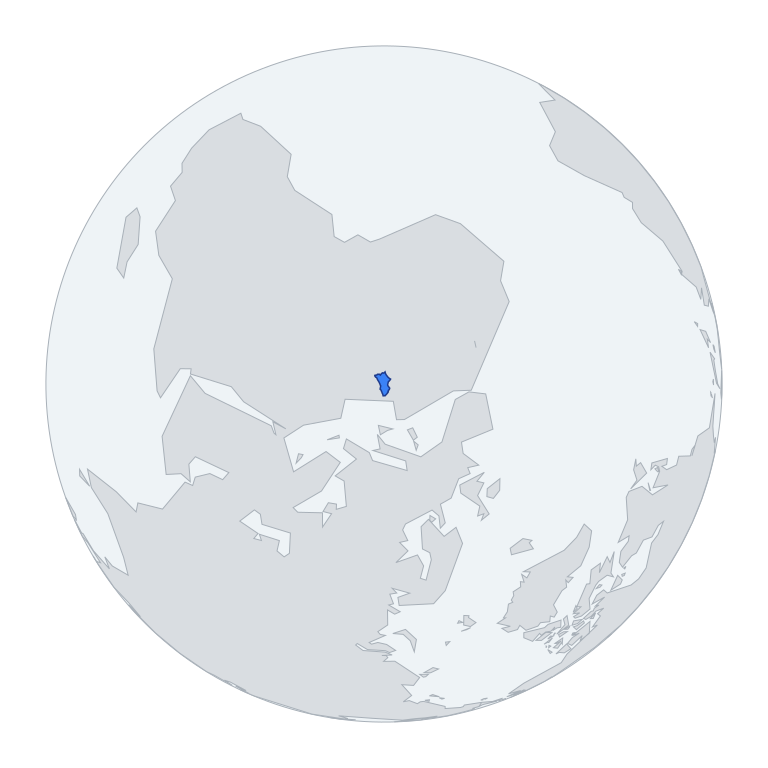 Ghadamis highlighted on a globe, orthographic projection, rotated 159°
{"feature_id": "LBY-2882", "entity_name": "Ghadamis", "entity_type": "Municipality", "adm_level": 1, "iso_a3": "LBY", "parent_name": "Libya", "parent_adm1": "", "projection": "orthographic", "projection_center": [10.859, 30.473], "detail": "fine", "context": "on_globe", "style": "filled", "palette": "blue", "viewbox_px": 768, "rotation_deg": 159, "n_neighbors": 0, "source": "natural_earth", "source_scale": "10m", "svg_char_len": 11171}
<svg xmlns="http://www.w3.org/2000/svg" viewBox="0 0 768 768"><g transform="rotate(159 384 384)"><circle cx="384" cy="384" r="338" fill="#eef3f6" stroke="#a8b0b8"/><path d="M249.1,74.2L281.5,62.6L322.3,52.3L332.1,50.1L332.4,50.5L340.5,48.9L363.3,46.7L364.5,46.7L373.0,46.3L374.6,46.6L362.3,47.8L363.1,48.3L373.4,47.5L381.5,48.0L366.2,48.9L378.8,50.1L360.5,54.6L318.4,60.3L309.9,66.3L271.2,82.5L276.4,82.5L265.1,89.9L267.0,93.0L259.2,96.0L267.4,96.0L274.1,92.8L280.0,91.9L281.7,93.7L272.1,97.5L269.9,97.2L268.0,99.3L262.5,100.6L266.2,101.0L254.4,106.0L268.5,104.0L261.1,110.5L252.7,113.1L250.5,108.9L225.3,107.8L216.1,110.8L205.2,118.3L191.2,139.6L182.2,145.2L172.3,155.6L178.6,153.7L188.6,145.2L197.8,145.3L209.0,135.8L214.4,134.9L227.0,127.5L228.3,133.1L222.8,142.9L212.3,149.6L209.6,154.4L222.1,152.2L205.2,169.9L198.5,191.3L193.8,195.9L179.8,196.0L173.1,184.3L155.0,188.0L170.0,190.7L157.9,203.7L157.3,208.3L159.8,211.0L165.6,208.3L162.2,214.3L146.1,212.9L149.0,207.5L154.1,207.6L150.8,202.7L139.9,203.5L134.7,210.9L123.8,207.1L119.9,212.6L115.3,215.5L122.3,206.6L109.6,223.0L95.9,226.5L78.3,256.6L92.1,226.8L94.9,217.9L96.7,210.8L93.6,215.4L100.1,201.9L99.0,202.4L113.3,181.8L129.0,162.3L146.1,144.0L164.5,127.1L184.1,111.5L204.8,97.5L226.5,85.0L249.1,74.2ZM72.3,253.6L74.5,248.7L72.7,255.1L63.9,275.7L72.3,253.6ZM63.5,276.8L58.9,295.0L53.5,314.2L50.7,329.4L50.8,334.1L50.2,347.1L53.3,340.4L56.7,342.8L53.1,360.0L57.9,349.4L57.8,362.6L66.9,379.8L65.3,382.3L72.4,417.5L86.0,442.4L89.1,458.7L86.9,464.5L92.9,472.2L93.1,477.4L122.3,506.7L141.6,530.0L144.0,547.2L133.6,558.1L137.7,591.1L122.6,587.8L127.9,599.5L132.0,609.0L128.0,604.6L112.7,585.4L98.8,565.2L86.4,544.1L75.6,522.1L66.4,499.4L58.9,476.0L53.0,452.2L49.0,428.0L46.7,403.6L46.1,379.1L47.1,370.5L49.7,344.7L50.2,337.5L48.9,342.2L52.2,319.8L63.5,276.8ZM73.3,265.6L68.2,296.9L66.3,289.0L67.5,288.2L69.8,278.0L72.4,264.6L72.1,259.2L73.3,265.6ZM81.9,257.2L82.4,253.2L82.6,255.9L81.9,257.2ZM266.5,67.2L263.7,68.2L261.0,69.2L266.5,67.2ZM373.9,46.3L375.2,46.2L379.1,46.1L373.9,46.3ZM225.5,125.1L226.2,126.3L223.5,127.0L225.5,125.1ZM230.3,121.0L226.6,121.0L228.3,119.1L230.5,119.1L230.3,121.0ZM385.0,46.7L390.7,47.1L382.8,46.8L385.0,46.7ZM234.4,121.6L231.8,115.7L234.9,112.5L246.1,110.2L234.4,121.6ZM392.7,47.5L406.7,49.3L410.9,48.9L406.9,51.8L396.3,48.7L385.8,48.2L392.3,48.0L392.7,47.5ZM275.5,91.0L268.5,94.5L272.7,90.1L275.5,91.0ZM276.8,88.5L281.7,77.7L293.0,74.1L289.1,78.1L302.4,72.7L305.6,76.1L298.9,79.8L291.0,81.4L298.2,81.6L276.8,88.5ZM402.4,53.5L403.9,54.5L399.9,53.7L402.4,53.5ZM282.6,91.3L282.6,89.1L292.4,85.7L294.2,89.4L290.5,89.2L282.6,91.3ZM304.4,69.9L312.0,68.4L316.6,70.6L320.2,70.4L306.6,75.9L304.4,69.9ZM289.1,91.0L294.9,91.4L291.9,94.9L283.3,93.2L289.1,91.0ZM294.2,83.4L298.9,82.1L296.9,83.9L294.2,83.4ZM284.3,108.3L284.1,105.2L289.2,103.1L284.3,108.3ZM297.3,91.4L298.3,90.3L300.3,89.2L303.4,90.3L297.3,91.4ZM310.8,77.3L311.1,78.8L316.6,75.1L320.3,77.1L310.5,80.6L316.3,80.0L317.4,80.6L308.2,82.8L310.8,77.3ZM312.4,88.5L301.3,94.5L300.7,100.3L296.1,102.2L298.0,92.6L312.4,88.5ZM310.8,84.9L310.8,87.5L305.1,88.3L301.6,87.1L310.8,84.9ZM326.3,77.4L323.2,73.4L325.4,72.9L326.3,77.4ZM313.4,90.0L316.0,88.6L314.0,90.3L313.4,90.0ZM323.6,80.9L322.2,79.5L324.8,78.8L323.6,80.9ZM322.5,87.2L318.9,89.0L316.4,88.0L322.5,87.2ZM323.9,84.2L327.8,83.7L317.7,86.6L322.8,83.6L323.9,84.2ZM326.2,80.6L327.3,79.7L326.5,81.3L326.2,80.6ZM334.0,90.2L321.9,94.1L316.4,91.8L328.9,88.2L334.0,90.2ZM495.5,65.0L490.1,63.4L453.2,54.8L468.9,58.0L467.6,58.3L474.7,60.4L485.6,63.1L485.4,62.7L514.5,76.0L545.3,90.5L537.6,84.7L541.3,85.6L569.5,101.6L616.1,138.6L619.0,141.2L627.7,150.0L626.9,149.1L627.2,149.7L621.2,143.8L630.8,155.1L622.6,147.2L634.2,160.7L639.1,164.7L633.6,157.0L647.1,173.2L652.3,178.6L653.3,179.9L671.2,206.0L686.6,233.6L693.9,250.2L696.4,256.0L695.1,255.0L700.8,271.5L708.8,290.7L715.3,317.6L717.2,327.7L716.0,321.4L712.7,318.7L717.4,342.1L720.1,349.7L720.7,355.1L721.5,368.1L721.5,368.4L719.7,353.5L718.5,352.0L715.0,332.4L706.6,309.8L706.6,322.7L702.9,311.5L691.4,297.2L689.2,315.5L688.3,362.0L694.3,392.1L691.3,410.8L672.6,379.4L661.3,353.4L656.4,361.2L635.6,346.6L604.9,363.7L599.0,357.8L593.6,364.7L578.7,362.8L568.9,352.5L560.6,356.9L586.2,383.7L594.9,379.1L599.9,362.1L605.6,373.0L619.8,377.6L609.9,414.7L561.8,461.1L554.4,439.4L504.2,385.4L504.3,377.6L503.9,376.8L503.1,375.4L501.3,388.5L491.7,377.3L521.4,417.7L527.5,436.2L561.1,462.7L558.6,467.3L568.7,471.3L597.6,451.2L598.3,458.9L586.3,499.3L543.9,558.1L548.1,584.8L542.5,608.5L513.0,630.0L512.4,645.2L496.6,653.9L493.5,662.4L479.1,673.1L456.2,684.0L420.6,688.1L420.9,681.5L406.8,668.8L388.4,631.7L400.0,612.2L397.9,596.7L371.9,560.9L377.7,539.5L370.1,530.4L354.9,532.6L345.8,521.4L336.3,520.9L275.2,523.6L255.2,506.3L228.1,455.6L238.2,438.6L237.6,416.1L304.8,346.9L321.7,352.7L377.7,343.5L385.1,346.2L381.5,364.5L425.8,383.7L436.6,367.5L473.9,374.4L496.8,369.5L499.9,334.4L462.3,341.7L452.9,326.5L480.7,306.5L513.1,301.2L510.5,295.2L487.6,285.8L492.6,272.5L479.4,281.7L486.6,286.8L478.5,293.1L471.4,288.9L473.5,284.1L463.0,283.2L456.0,307.7L462.5,315.7L436.6,323.8L445.0,338.2L438.8,346.2L422.3,325.2L422.1,316.6L393.4,294.9L391.3,304.4L418.2,325.9L410.9,324.8L408.3,339.3L404.5,327.4L375.7,302.8L350.7,309.1L323.0,344.0L307.5,346.2L292.6,338.3L298.5,302.8L332.5,302.0L335.0,290.8L324.6,274.3L335.8,275.9L335.7,269.5L348.2,268.8L362.2,253.4L374.4,251.6L376.6,232.4L383.1,229.2L380.0,241.2L384.3,249.1L414.1,245.6L418.9,241.1L417.9,229.3L426.2,230.5L421.4,219.6L436.9,213.0L414.0,212.4L412.2,200.0L419.7,189.6L415.0,185.8L402.8,203.0L401.7,210.1L407.2,216.2L400.5,237.5L391.0,241.7L382.5,220.2L368.1,224.4L367.8,207.0L400.9,169.1L416.4,161.1L449.2,171.8L447.5,179.8L434.9,179.5L449.6,190.4L447.0,184.3L453.9,185.7L453.9,175.4L458.8,176.0L450.5,165.6L456.5,165.3L461.7,171.8L466.9,157.7L478.5,155.0L477.3,151.6L472.8,148.8L490.5,148.0L488.9,145.6L482.4,144.9L474.9,139.9L468.6,131.1L475.1,131.3L478.2,134.5L494.6,142.0L502.0,151.3L504.0,150.5L499.1,142.7L479.1,133.3L473.5,128.1L483.3,131.3L479.3,129.7L478.5,127.2L483.8,125.2L473.2,121.3L455.9,97.2L464.4,92.0L475.1,96.9L469.8,83.3L479.9,80.4L473.9,79.4L467.4,73.6L464.1,74.3L460.8,73.5L442.5,61.1L443.2,59.1L428.6,54.6L425.5,54.4L424.1,55.5L406.9,51.8L410.9,48.9L417.7,49.4L415.7,48.1L431.4,49.9L443.5,51.5L461.9,55.7L469.8,57.4L468.0,56.8L472.7,57.9L495.5,65.0ZM285.0,385.0L284.0,391.8L285.0,385.0ZM550.1,312.9L567.8,307.7L555.2,289.6L560.9,286.4L554.5,281.8L554.2,288.4L537.8,275.3L543.7,266.5L539.2,258.4L533.0,259.8L524.8,278.4L548.2,296.7L546.1,306.7L550.1,312.9ZM67.3,380.1L68.0,385.6L66.2,382.8L67.3,380.1ZM63.5,294.4L63.6,298.4L62.8,302.9L62.3,301.0L63.5,294.4ZM70.6,325.4L72.0,331.0L69.5,328.0L70.6,325.4ZM68.0,301.5L69.4,321.5L64.8,317.9L64.3,305.6L66.1,310.0L68.0,301.5ZM76.7,264.9L76.2,268.3L74.7,270.6L76.7,264.9ZM82.0,259.4L81.8,258.7L83.1,255.2L82.0,259.4ZM158.9,203.7L160.0,204.0L161.5,207.7L158.5,208.0L158.9,203.7ZM181.7,214.4L175.7,223.9L177.9,216.9L172.6,218.6L170.7,206.7L191.3,197.7L182.3,203.6L181.7,214.4ZM174.0,189.5L172.8,197.3L173.3,189.2L174.0,189.5ZM322.9,238.0L328.3,242.0L325.1,249.3L309.7,254.1L314.1,243.3L322.9,238.0ZM336.6,246.3L332.4,225.0L341.9,221.9L337.3,227.1L343.9,227.2L338.3,235.7L351.4,254.6L349.5,262.5L322.0,265.6L332.1,259.9L326.2,255.9L336.6,246.3ZM305.3,183.7L303.6,176.6L326.2,178.9L325.1,185.4L309.7,189.9L301.9,185.0L305.3,183.7ZM254.7,119.5L252.6,118.2L255.2,116.9L259.2,117.0L254.7,119.5ZM283.8,107.0L266.6,124.6L263.4,123.8L257.2,136.2L246.2,139.1L250.5,130.7L237.5,142.8L237.0,136.4L229.1,145.1L239.9,126.2L238.9,121.7L244.2,125.5L254.3,122.8L258.4,120.3L269.4,110.2L272.3,100.1L282.8,96.6L289.5,96.9L290.4,98.8L283.3,100.2L289.6,101.7L280.0,105.4L283.8,107.0ZM361.5,113.6L352.9,112.5L364.0,120.0L354.4,122.1L356.3,122.9L350.5,127.1L346.7,133.9L342.0,134.1L342.6,136.7L338.7,139.9L337.9,143.7L329.1,145.6L327.5,150.6L324.2,148.8L323.7,157.0L320.1,151.8L314.8,156.1L321.1,158.8L275.4,164.2L259.1,171.8L247.3,181.5L242.8,172.5L250.9,158.2L265.4,143.8L281.9,138.3L276.8,135.7L283.2,132.5L284.5,135.9L286.3,128.9L291.9,127.3L304.9,117.1L304.0,109.0L308.7,105.4L311.9,107.8L314.4,102.7L323.5,105.1L327.1,102.8L339.7,103.2L343.7,110.0L347.4,106.9L357.1,107.7L361.5,113.6ZM337.5,90.5L344.4,97.0L342.6,101.7L321.4,99.0L316.9,100.8L303.3,100.2L306.2,93.6L309.9,94.3L314.1,93.5L311.5,95.9L316.7,93.4L321.9,94.5L327.3,93.0L328.1,95.4L337.5,90.5ZM391.9,338.9L397.4,339.4L405.6,337.9L404.1,347.4L391.9,338.9ZM372.0,322.4L376.7,321.0L378.6,332.8L372.9,332.8L372.0,322.4ZM377.7,310.6L376.8,320.0L373.9,314.9L377.7,310.6ZM384.1,239.6L389.0,237.8L390.1,240.4L388.2,244.8L384.1,239.6ZM392.4,139.3L387.7,137.2L388.8,135.7L383.6,128.3L390.2,126.6L396.0,130.4L392.4,139.3ZM494.4,341.6L488.8,349.5L484.9,347.1L487.6,344.8L494.4,341.6ZM445.0,349.7L457.1,352.3L444.4,352.3L445.0,349.7ZM398.8,136.2L395.9,133.2L401.0,134.3L398.8,136.2ZM394.8,125.0L400.6,125.5L390.4,125.5L394.8,125.0ZM591.9,587.9L565.1,632.1L551.6,637.0L551.8,627.5L563.5,602.4L580.1,590.1L589.0,576.2L591.9,587.9ZM721.8,391.9L718.8,372.7L719.9,367.4L721.7,372.3L721.8,391.9ZM695.4,394.0L701.0,407.2L698.8,413.4L695.4,394.0ZM699.8,264.0L701.5,269.5L699.9,265.6L696.6,256.3L699.8,264.0ZM451.7,123.1L451.5,134.9L455.8,143.4L465.2,147.9L451.9,147.2L445.3,133.9L451.7,123.1ZM454.7,100.1L446.5,97.1L449.9,95.8L452.3,96.2L454.7,100.1ZM449.8,100.2L439.9,101.7L435.2,98.4L444.0,97.7L449.8,100.2ZM419.6,117.6L419.1,121.0L414.9,119.9L419.6,117.6ZM554.2,92.1L536.8,83.5L530.8,80.7L542.8,85.7L545.8,87.3L546.9,88.0L549.6,89.4L554.2,92.1ZM407.0,54.2L404.2,54.4L404.9,53.6L407.0,54.2ZM459.2,74.1L454.7,72.9L455.7,71.6L459.2,74.1ZM442.9,69.1L444.9,71.3L440.1,68.8L442.9,69.1ZM449.8,76.6L444.4,72.2L453.4,76.6L449.8,76.6Z" fill="#d9dde1" stroke="#a8b0b8" stroke-width="1"/><path d="M383.1,375.3L383.2,375.2L383.4,375.1L383.6,375.0L383.7,374.8L383.9,374.3L384.1,374.2L385.6,373.4L386.9,372.8L387.3,372.6L387.7,372.8L387.9,373.1L388.2,373.2L389.0,373.2L389.0,373.9L388.9,374.5L388.8,375.2L388.9,375.8L389.0,376.3L388.9,376.9L388.9,377.6L389.0,378.1L388.9,378.9L389.0,379.4L389.2,379.9L389.5,380.4L389.1,381.3L388.4,382.3L388.0,383.0L387.8,383.3L387.7,383.6L387.9,384.3L387.8,385.4L387.9,386.6L388.0,387.9L388.3,389.3L388.5,390.5L388.5,392.2L388.9,392.9L389.4,393.5L389.5,394.0L389.7,395.0L389.4,395.4L388.8,395.3L388.5,395.0L388.0,395.1L387.8,395.1L387.3,395.0L387.1,395.1L386.7,395.4L386.4,395.4L385.7,395.1L385.5,394.9L384.8,394.8L384.5,394.4L384.4,393.9L384.3,393.6L384.0,393.7L383.6,394.0L383.2,394.3L382.7,394.5L382.3,394.7L381.8,394.9L381.5,395.0L380.8,394.5L380.3,394.3L380.0,394.4L379.6,394.6L379.2,394.7L378.9,394.8L378.7,394.9L378.8,393.9L378.8,392.8L378.7,391.9L378.3,390.5L377.9,389.1L377.3,387.9L376.7,386.9L376.4,386.6L376.1,386.2L377.2,385.4L378.3,384.8L378.5,384.8L378.8,384.8L379.0,384.7L379.6,383.9L380.2,383.0L380.6,382.5L380.9,381.8L381.0,381.6L381.0,381.4L380.9,381.0L380.9,380.8L380.9,380.5L380.9,380.4L380.7,380.1L380.6,379.5L380.2,378.5L380.2,378.4L380.3,378.0L380.3,377.8L380.7,377.5L381.0,376.9L381.3,376.7L381.8,376.7L382.1,376.6L382.3,376.4L382.4,376.1L382.6,375.9L382.7,375.7L382.7,375.3L382.8,375.1L383.0,375.2L383.1,375.3Z" fill="#3b82f6" stroke="#1e3a8a" stroke-width="1.5"/></g></svg>